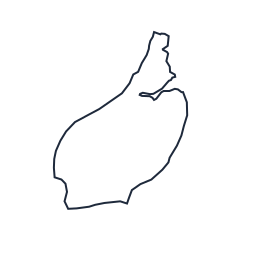 Jongju City, P'yŏngan-bukto, North Korea, rotated 210°
{"feature_id": "82179303B20654085451729", "entity_name": "Jongju City", "entity_type": "district", "adm_level": 2, "iso_a3": "PRK", "parent_name": "North Korea", "parent_adm1": "P'yŏngan-bukto", "projection": "equal_earth", "projection_center": [125.249, 39.696], "detail": "fine", "context": "isolated", "style": "outline", "palette": "slate", "viewbox_px": 256, "rotation_deg": 210, "n_neighbors": 0, "source": "geoboundaries", "source_scale": "gbopen_adm2", "svg_char_len": 1133}
<svg xmlns="http://www.w3.org/2000/svg" viewBox="0 0 256 256"><g transform="rotate(210 128 128)"><path d="M91.1,62.1L92.3,68.4L93.6,76.2L89.2,85.6L82.0,95.0L77.4,109.0L75.8,118.4L77.1,123.1L76.8,137.2L78.0,148.2L80.6,157.6L83.1,168.6L89.9,179.7L98.3,186.6L99.6,185.8L104.1,186.4L107.1,185.3L109.0,182.8L110.6,180.8L115.6,177.9L117.0,175.6L118.1,167.5L119.5,165.3L121.9,166.4L125.1,166.4L131.9,162.8L134.4,162.5L134.6,163.6L132.8,165.9L125.9,168.3L123.1,170.3L118.2,179.1L116.8,186.6L116.2,189.4L114.8,191.0L114.8,193.8L112.7,195.9L114.2,197.7L119.6,197.6L122.5,202.0L128.2,205.1L130.4,212.4L132.1,213.3L136.9,213.2L137.3,213.7L134.7,219.0L138.7,227.9L143.2,227.9L146.4,226.4L146.8,225.3L153.4,224.1L152.1,219.4L152.2,214.6L150.9,209.9L149.5,206.8L148.3,200.5L148.5,191.1L147.3,181.7L150.2,177.0L149.0,167.6L150.6,155.0L156.5,142.5L162.4,130.0L168.2,120.7L176.9,106.6L179.9,94.1L180.2,83.2L179.0,72.2L177.7,68.2L176.4,64.3L172.3,56.5L166.9,48.6L159.9,50.1L158.8,49.8L154.3,48.5L148.9,42.2L146.3,32.8L139.4,28.1L132.3,32.7L122.3,40.4L118.0,45.1L110.9,51.3L98.1,60.6L91.1,62.1Z" fill="none" stroke="#1e293b" stroke-width="2"/></g></svg>